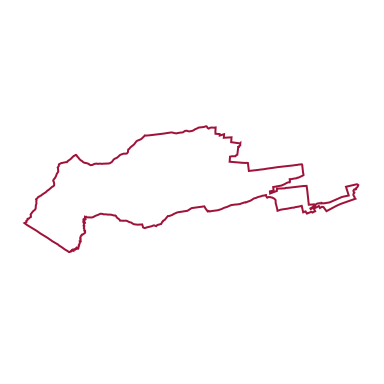 Sinesti, Iasi, Romania (Mercator projection), rotated 93°
{"feature_id": "2599482B42807435674688", "entity_name": "Sinesti", "entity_type": "district", "adm_level": 2, "iso_a3": "ROU", "parent_name": "Romania", "parent_adm1": "Iasi", "projection": "mercator", "projection_center": [27.207, 47.114], "detail": "fine", "context": "isolated", "style": "outline", "palette": "rose", "viewbox_px": 384, "rotation_deg": 93, "n_neighbors": 0, "source": "geoboundaries", "source_scale": "gbopen_adm2", "svg_char_len": 6043}
<svg xmlns="http://www.w3.org/2000/svg" viewBox="0 0 384 384"><g transform="rotate(93 192 192)"><path d="M229.5,355.9L230.6,355.7L231.8,357.7L233.6,355.0L238.9,345.1L241.3,341.3L245.6,333.4L246.6,331.9L247.5,330.3L248.3,329.2L251.6,322.8L252.6,321.7L253.6,319.7L256.0,316.0L257.5,313.1L258.3,312.0L258.4,311.2L258.2,311.0L258.1,310.6L257.4,310.0L257.3,309.9L257.7,309.6L257.6,309.3L257.1,308.9L256.4,308.8L256.9,307.3L256.7,307.3L256.3,307.9L255.7,307.7L255.8,307.5L256.2,307.4L256.5,307.0L256.2,306.8L255.7,306.9L255.3,306.4L255.6,305.7L255.0,305.4L255.1,304.9L254.9,304.3L254.7,304.3L254.2,304.9L253.6,304.3L254.0,304.0L254.0,303.4L254.5,302.8L254.1,302.5L252.4,302.4L251.8,302.0L251.1,302.3L250.7,301.9L250.2,302.0L249.8,301.6L248.1,301.3L247.4,300.6L247.1,300.8L246.8,301.3L246.4,300.7L245.4,300.9L244.8,300.7L244.7,300.8L244.8,301.1L244.0,301.3L243.2,300.9L242.2,300.9L241.2,300.3L241.1,299.9L240.4,299.7L240.3,299.1L239.5,298.2L239.4,297.9L238.6,296.9L237.9,296.6L237.1,296.7L237.0,296.9L236.4,296.8L236.1,297.5L235.6,297.3L234.8,297.7L234.3,297.7L233.6,298.2L232.5,297.8L231.6,298.4L231.2,297.9L230.6,298.3L230.2,298.2L229.4,298.3L229.1,298.2L228.9,297.7L228.4,297.2L228.1,297.3L227.9,297.5L228.1,298.3L228.0,298.8L227.7,299.0L227.4,299.0L227.1,298.4L226.8,298.1L226.3,298.0L225.7,298.2L225.5,299.0L224.8,298.9L224.7,298.7L224.8,298.5L225.3,298.5L225.3,297.5L224.9,296.9L224.5,297.0L224.2,297.6L224.0,297.3L223.8,297.3L223.3,297.6L222.3,297.6L222.5,297.0L222.3,296.4L222.8,296.0L222.7,290.8L222.1,289.1L221.3,288.0L220.3,286.0L219.9,284.9L218.5,282.3L218.6,280.0L218.9,279.2L218.9,278.3L218.8,276.7L219.0,275.1L218.9,273.4L218.9,271.6L219.6,268.4L219.4,267.7L219.8,266.8L221.3,265.8L221.9,265.1L223.1,263.3L223.7,262.7L224.4,262.4L224.3,261.2L224.3,259.2L224.1,256.5L224.3,255.3L225.3,253.2L225.7,251.1L227.1,248.8L227.3,247.6L227.5,244.7L227.0,240.0L229.9,239.0L230.2,238.4L230.5,237.1L229.6,235.0L228.4,230.8L227.5,228.9L227.3,228.0L228.0,226.0L226.7,224.8L226.1,222.7L225.7,221.9L225.6,221.2L223.2,220.0L222.8,219.4L222.2,219.3L221.2,217.7L217.3,214.9L217.2,213.6L216.0,210.6L214.9,209.1L213.1,205.5L211.0,195.6L208.1,191.5L206.9,185.3L205.7,178.9L207.8,177.6L210.6,175.3L210.4,174.9L210.0,174.8L210.2,173.7L210.5,173.6L209.8,170.4L208.9,165.4L207.6,161.8L206.1,159.1L205.0,156.1L203.1,152.4L202.9,151.5L202.3,148.4L202.0,146.0L201.4,143.1L200.8,142.0L199.4,138.2L199.7,137.9L198.3,134.9L198.1,134.2L197.3,132.7L195.2,129.8L194.6,127.9L193.4,125.4L192.8,123.2L192.1,121.7L191.7,119.6L191.4,118.8L191.2,118.0L192.0,117.9L193.7,116.7L193.7,116.4L193.3,115.8L193.0,115.0L193.0,114.1L193.4,111.5L194.4,109.4L195.7,108.1L198.4,107.9L204.6,106.0L206.3,105.6L205.1,102.7L204.7,101.1L203.6,95.6L202.5,91.4L202.2,89.0L201.8,88.4L201.0,84.7L200.1,81.7L206.5,79.9L206.2,79.2L205.6,78.2L205.4,77.6L207.3,76.4L207.1,76.0L207.4,75.8L205.5,71.7L205.6,71.3L206.2,70.7L204.8,68.0L202.2,69.5L200.1,65.7L199.3,64.6L201.3,63.4L200.0,61.5L200.2,59.9L204.1,56.7L198.3,47.1L196.2,43.1L190.2,28.5L189.4,29.3L188.5,29.4L187.0,30.5L186.4,30.7L185.4,30.6L184.1,29.8L183.8,30.0L183.5,30.5L182.3,30.9L181.1,30.3L180.9,30.0L180.7,29.6L181.0,29.0L180.6,28.3L179.6,28.3L178.9,27.5L178.1,26.9L176.4,26.3L175.7,27.4L175.7,28.0L178.7,38.5L187.3,35.3L189.1,42.0L195.2,54.1L196.4,59.6L196.5,60.8L196.1,62.0L196.4,62.0L196.7,62.3L196.5,64.2L197.0,66.3L197.3,66.9L198.0,67.7L199.8,68.5L201.3,69.7L201.4,70.3L202.9,72.5L202.2,72.9L201.1,71.2L200.1,70.0L199.2,69.8L198.0,69.7L198.6,74.7L183.7,77.1L179.9,77.9L180.2,81.1L182.6,95.2L182.9,97.3L182.9,98.3L183.5,99.7L184.2,107.3L186.5,107.3L189.4,113.9L187.3,114.2L186.5,111.4L185.9,110.6L182.8,111.2L180.8,102.7L180.4,102.2L179.8,100.8L177.9,97.7L177.2,96.1L177.3,95.0L176.9,94.8L176.2,94.7L174.1,95.1L173.9,93.3L173.1,90.1L173.0,89.2L172.7,88.1L172.2,87.6L172.2,86.7L169.8,82.2L169.2,81.5L166.3,82.2L159.6,83.3L158.7,83.6L158.6,84.1L159.2,87.6L159.4,88.4L160.3,93.2L162.6,107.3L163.9,113.7L164.6,117.6L165.5,121.6L166.0,124.7L166.6,127.7L168.0,136.3L160.1,137.7L160.0,138.5L160.2,139.9L160.2,143.5L159.8,156.0L154.7,155.9L154.2,153.8L154.0,150.5L153.0,149.8L152.4,148.7L145.2,148.2L144.6,148.3L144.5,147.4L143.7,147.3L143.0,146.3L140.6,146.3L140.9,146.6L140.9,147.2L140.2,155.5L135.3,155.4L136.2,163.1L132.6,163.0L134.2,167.3L132.7,167.4L132.6,171.6L130.6,171.8L126.3,171.8L126.6,173.1L126.6,175.5L126.7,176.5L127.0,177.5L127.7,178.4L127.8,178.8L127.1,179.9L126.4,180.2L125.7,180.9L125.6,181.4L126.5,183.7L127.3,188.7L128.5,190.7L129.4,192.6L130.0,193.2L130.9,194.8L131.6,197.6L131.6,198.7L131.1,200.3L131.3,202.1L132.6,203.8L133.0,204.5L133.3,206.7L133.9,209.5L134.3,210.7L134.1,212.5L133.6,215.0L133.7,216.4L135.2,223.6L137.5,236.8L138.1,241.1L138.0,241.7L138.1,241.8L138.0,242.1L139.1,242.9L141.6,245.3L142.1,246.0L143.8,249.6L144.6,250.4L147.6,252.4L150.8,256.0L152.1,256.8L152.9,257.9L155.6,258.1L156.9,259.0L157.2,259.9L157.3,262.3L158.6,265.5L159.2,266.2L160.8,267.7L161.8,268.8L162.5,270.3L163.5,271.8L166.2,273.6L167.4,275.3L167.9,276.7L168.4,282.3L168.6,283.2L168.5,285.7L168.9,287.5L168.6,288.9L169.1,291.1L170.2,292.9L170.5,294.7L170.3,295.2L169.9,295.8L169.7,296.4L169.3,296.7L168.7,298.8L168.4,301.0L168.0,302.0L166.8,303.5L166.4,304.4L165.5,305.6L164.1,307.0L163.6,307.2L162.8,308.2L161.1,309.5L161.0,310.0L161.1,310.3L161.9,311.1L162.2,312.0L165.5,315.0L167.8,317.9L168.3,318.0L168.7,318.4L168.8,319.5L170.0,324.1L171.3,326.3L171.7,326.4L173.1,326.4L174.6,327.4L175.4,327.0L177.0,326.9L178.3,326.6L179.4,327.0L180.7,327.9L183.1,328.6L185.1,329.5L185.9,330.2L187.7,331.2L188.3,331.1L189.0,330.6L190.7,330.1L192.3,330.0L192.8,330.1L193.8,331.2L194.3,332.1L197.6,335.5L198.0,336.3L199.8,337.9L202.4,341.5L203.3,342.3L203.9,343.5L204.5,344.1L204.8,345.0L205.3,345.5L206.8,346.5L207.3,347.3L207.5,347.4L208.6,346.8L209.9,347.0L211.6,346.7L213.2,347.2L216.9,347.3L218.4,348.3L219.1,349.3L220.2,350.2L222.9,352.0L224.3,351.6L225.4,351.6L226.1,352.7L227.0,353.4L227.2,353.9L227.2,354.5L227.3,354.7L227.8,354.5L228.5,354.8L228.8,355.3L229.1,355.4L229.5,355.9Z" fill="none" stroke="#9f1239" stroke-width="2"/></g></svg>